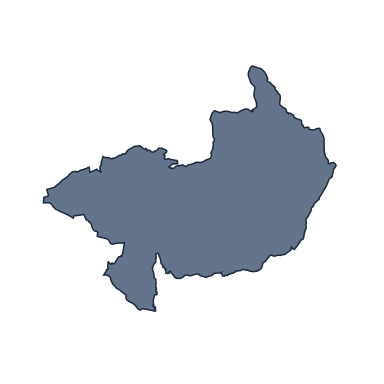 Bran, Brasov, Romania, rotated 254°
{"feature_id": "2599482B26594434202693", "entity_name": "Bran", "entity_type": "district", "adm_level": 2, "iso_a3": "ROU", "parent_name": "Romania", "parent_adm1": "Brasov", "projection": "robinson", "projection_center": [25.377, 45.49], "detail": "fine", "context": "isolated", "style": "filled", "palette": "slate", "viewbox_px": 384, "rotation_deg": 254, "n_neighbors": 0, "source": "geoboundaries", "source_scale": "gbopen_adm2", "svg_char_len": 6044}
<svg xmlns="http://www.w3.org/2000/svg" viewBox="0 0 384 384"><g transform="rotate(254 192 192)"><path d="M290.2,293.4L290.8,292.6L292.1,291.8L292.4,290.7L296.3,285.1L296.1,284.7L296.4,284.5L295.7,282.6L291.3,279.1L288.1,278.2L280.6,278.7L276.2,281.1L274.6,281.1L268.5,278.3L265.5,278.0L261.9,278.5L259.3,278.4L256.4,277.7L255.7,277.4L254.2,272.3L253.2,273.2L252.5,272.1L253.5,271.0L253.9,270.1L255.8,269.1L257.1,266.6L256.7,261.7L255.4,256.9L256.3,256.1L257.0,254.4L257.5,251.8L258.3,251.0L260.0,247.9L260.8,244.7L260.6,241.7L260.9,240.1L263.9,236.3L263.9,235.7L262.4,233.4L260.9,232.1L256.7,229.3L252.3,230.3L248.5,229.7L240.9,227.8L238.9,227.6L236.5,228.1L234.9,227.2L233.6,225.8L231.0,225.4L230.0,224.7L227.5,223.7L224.3,220.9L221.7,220.9L219.2,219.0L218.9,213.9L217.9,211.3L218.1,207.6L218.9,206.3L219.4,203.7L218.8,200.4L219.1,195.6L218.1,193.6L218.8,192.3L220.8,190.3L220.6,188.9L221.2,184.8L221.1,183.3L219.8,181.4L220.1,179.9L220.7,178.2L221.1,178.2L221.1,177.6L221.8,177.6L222.5,176.7L222.8,178.0L224.2,180.5L224.2,181.3L223.7,182.8L223.7,184.3L223.0,186.0L225.6,186.5L226.4,186.2L229.3,180.3L230.5,178.9L230.5,177.1L231.0,174.8L232.9,175.1L233.4,175.7L234.4,176.0L235.4,174.9L235.7,175.0L237.3,178.5L238.0,179.0L238.8,179.0L239.4,178.6L242.6,174.9L242.6,173.7L243.4,172.2L241.6,169.6L241.6,167.2L241.1,166.5L241.1,165.0L242.1,163.8L243.5,163.1L244.3,161.4L244.2,160.3L246.3,160.2L246.6,159.8L246.0,158.3L249.5,155.5L250.6,155.0L251.2,153.9L251.0,152.2L251.8,149.3L250.7,145.3L250.3,143.3L249.4,141.0L247.1,138.5L247.1,137.6L247.7,136.5L247.4,134.8L246.8,133.2L247.3,132.6L246.8,130.3L246.4,129.7L245.9,125.8L246.4,125.1L245.9,124.3L246.6,123.2L246.6,122.8L248.0,121.5L248.4,120.8L248.2,119.4L248.6,118.8L249.3,118.4L249.3,117.3L249.8,116.7L250.6,116.3L245.4,112.8L244.3,112.9L241.3,110.4L239.9,109.8L239.7,110.1L236.4,109.9L236.7,109.3L237.7,108.7L238.8,107.4L240.2,106.8L239.3,101.8L239.1,99.2L244.2,100.0L244.3,98.6L243.7,97.3L243.8,95.7L243.6,95.3L243.8,95.0L243.5,93.6L243.7,91.0L242.8,88.3L244.0,85.3L244.3,82.3L242.4,78.3L241.5,77.5L239.0,70.5L236.8,66.6L236.5,65.4L234.4,60.8L234.5,53.1L227.8,53.0L227.6,48.1L222.5,46.2L221.5,50.3L220.7,52.2L218.5,53.9L216.2,54.5L213.1,56.1L211.6,58.1L210.0,59.4L208.8,61.1L203.8,66.7L199.6,70.7L201.6,72.0L200.4,79.3L200.4,81.7L194.2,82.7L193.4,83.9L192.0,85.1L191.9,84.7L189.5,86.2L185.0,86.3L182.3,86.9L181.0,88.1L180.1,89.8L179.0,90.3L175.9,88.7L174.8,89.6L171.2,96.3L169.3,98.4L164.8,99.5L163.6,101.5L163.6,105.7L163.0,107.7L163.0,109.1L162.0,110.3L162.1,111.8L162.3,112.0L162.0,113.1L153.9,109.3L149.8,106.9L150.2,106.1L149.6,105.7L149.6,105.1L150.0,103.9L149.0,103.1L148.8,102.1L144.8,98.1L144.6,97.4L144.8,96.4L145.8,95.6L145.6,95.3L145.1,95.3L144.9,94.5L145.1,94.1L146.8,92.8L147.9,92.5L147.8,92.0L143.1,90.3L141.5,90.6L140.8,88.3L140.3,88.3L138.8,86.9L136.6,84.2L136.0,86.4L135.4,87.3L134.2,88.8L132.9,89.7L131.3,90.1L130.3,89.6L125.1,90.4L122.3,92.2L120.6,92.7L117.5,95.6L113.8,98.1L111.5,100.2L108.6,99.4L106.4,99.5L102.9,102.3L101.9,103.8L100.4,105.2L97.8,106.6L94.9,107.6L93.2,109.0L92.7,110.1L93.5,111.3L93.3,112.5L91.2,117.1L89.7,119.6L89.1,121.2L88.3,122.2L88.3,123.3L88.8,123.6L87.6,123.6L87.6,124.2L88.4,124.4L88.6,124.0L88.9,124.0L89.5,124.5L90.1,124.2L90.3,124.5L90.1,124.7L91.2,125.0L91.4,124.2L91.8,124.3L91.7,123.9L92.5,123.6L92.8,123.7L92.5,123.3L93.0,122.9L93.6,123.1L94.2,123.8L98.2,124.8L103.5,127.7L103.0,129.9L104.5,130.6L105.6,129.8L105.8,129.9L105.8,130.6L106.3,130.6L106.8,130.1L108.5,130.4L108.6,130.9L108.0,131.1L112.4,131.4L113.7,132.2L115.2,132.4L117.8,133.2L120.4,131.8L122.0,132.5L125.6,132.9L128.0,132.6L130.3,133.2L133.3,135.8L134.9,137.9L140.0,139.8L142.5,140.2L142.5,141.3L142.8,141.9L142.4,142.6L141.2,142.7L135.1,143.1L132.6,142.6L131.1,142.9L129.8,143.6L129.3,143.4L128.7,143.7L128.4,143.3L127.5,143.4L127.9,144.1L125.8,144.8L124.9,145.6L124.5,144.7L122.6,145.1L121.2,144.6L121.2,145.5L120.3,146.0L120.3,147.8L121.4,147.8L121.7,149.5L120.6,149.6L116.9,151.3L115.6,151.5L115.6,151.8L115.0,151.9L113.3,153.1L113.3,154.0L113.1,154.0L112.0,157.3L112.3,157.8L112.7,160.1L113.8,162.1L113.9,162.9L111.8,167.7L112.0,170.9L111.9,173.9L111.5,175.1L110.8,175.4L110.8,176.5L109.2,176.8L107.7,179.7L105.9,182.1L106.3,183.2L106.3,188.2L107.3,189.7L107.5,192.0L106.6,196.1L106.6,198.0L106.1,197.3L104.4,198.2L102.9,198.3L102.2,199.8L102.7,200.0L102.7,200.7L102.2,201.9L102.2,203.3L102.8,205.1L102.6,206.1L102.9,207.5L102.7,209.7L103.2,211.4L104.2,212.5L103.4,213.8L103.4,215.4L103.1,217.0L103.5,218.6L103.5,219.7L101.7,223.0L101.7,223.9L100.0,225.6L98.6,228.8L98.0,232.5L98.3,234.7L99.7,237.9L102.2,239.6L104.1,240.3L105.1,243.7L106.8,245.5L107.5,246.9L109.2,249.1L109.6,250.7L107.7,253.0L107.5,255.9L107.7,257.0L106.6,259.7L106.8,262.1L106.3,263.8L107.4,266.4L108.9,270.9L111.7,272.4L110.3,272.9L108.7,274.1L108.8,275.1L113.7,281.4L115.2,282.5L115.8,283.8L116.0,285.6L116.5,286.3L123.3,289.6L123.1,289.7L123.8,290.0L125.5,291.7L129.1,292.5L131.1,293.5L134.2,293.9L136.6,297.0L138.4,298.3L139.4,299.8L140.7,300.9L143.7,302.4L144.9,304.7L147.0,306.2L149.6,311.1L149.8,312.1L151.9,312.9L152.4,314.0L160.4,322.5L166.9,327.7L167.5,330.0L168.6,331.2L174.4,334.1L177.3,337.6L178.4,337.8L179.9,337.3L181.1,336.3L181.7,334.3L181.7,333.2L181.1,332.0L182.2,330.8L183.9,331.7L185.3,331.6L189.3,330.0L195.1,330.4L207.2,333.7L211.2,333.4L214.5,332.4L218.0,332.3L218.5,329.8L218.5,328.8L218.1,326.7L218.5,324.6L220.0,322.0L221.7,322.1L222.1,321.6L222.7,320.6L222.6,318.1L223.2,317.4L224.6,317.0L225.6,317.1L225.9,316.6L226.8,316.3L230.6,316.9L232.6,314.6L233.0,313.3L236.0,310.5L237.9,310.8L238.4,309.8L240.6,308.5L240.7,307.2L240.4,306.5L240.8,306.2L241.6,306.4L242.0,306.0L242.2,305.1L244.1,305.0L244.7,305.3L246.8,304.6L248.3,302.6L251.8,300.5L253.7,300.9L257.3,302.6L260.4,303.3L261.9,302.9L263.1,301.8L264.1,302.1L264.9,301.5L265.8,301.4L267.2,300.3L268.6,300.3L269.6,300.7L270.2,300.2L271.2,299.9L272.6,298.7L275.5,297.4L277.3,295.2L279.2,295.0L279.9,296.1L284.7,295.5L287.6,294.7L289.5,293.5L290.2,293.4Z" fill="#64748b" stroke="#1e293b" stroke-width="1.5"/></g></svg>